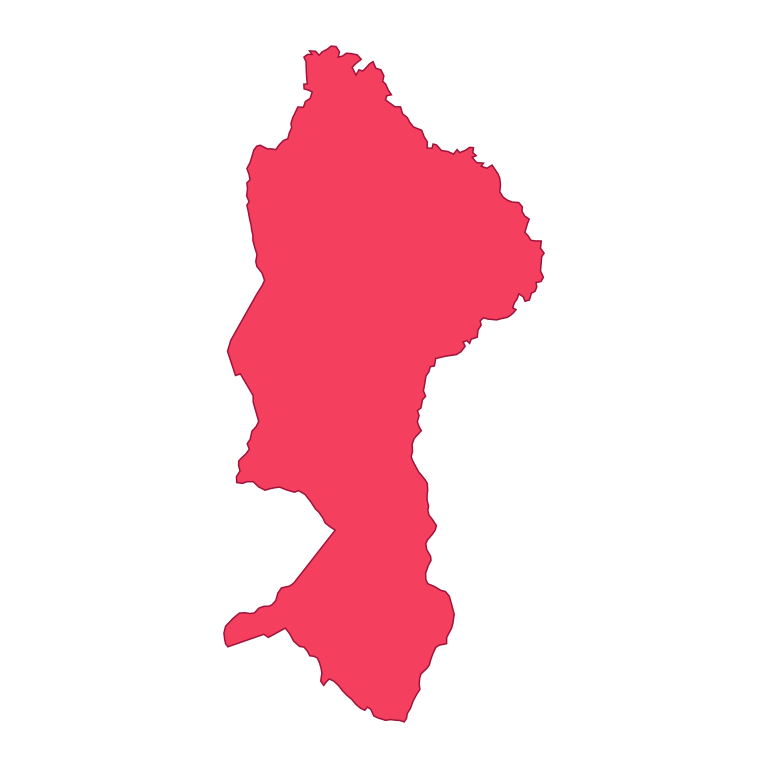 Ventania, Paraná, Brazil (Natural Earth projection)
{"feature_id": "56859067B80922571425855", "entity_name": "Ventania", "entity_type": "district", "adm_level": 2, "iso_a3": "BRA", "parent_name": "Brazil", "parent_adm1": "Paraná", "projection": "natural_earth1", "projection_center": [-50.238, -24.192], "detail": "fine", "context": "isolated", "style": "filled", "palette": "rose", "viewbox_px": 768, "rotation_deg": 0, "n_neighbors": 0, "source": "geoboundaries", "source_scale": "gbopen_adm2", "svg_char_len": 4193}
<svg xmlns="http://www.w3.org/2000/svg" viewBox="0 0 768 768"><path d="M395.0,106.8L388.9,102.4L385.6,99.9L386.7,95.8L391.4,94.8L388.2,90.0L385.6,84.0L382.7,81.3L383.9,75.9L380.9,69.8L375.9,68.3L373.0,61.6L369.3,64.1L365.6,68.3L362.7,71.0L359.0,69.8L356.0,75.0L352.1,67.4L356.2,63.2L361.2,59.3L357.3,54.9L350.9,53.5L346.2,53.3L342.7,56.0L338.2,57.1L339.5,51.9L336.1,46.6L331.1,46.1L327.3,49.2L322.1,51.9L319.1,55.3L315.7,51.3L309.5,50.9L311.9,54.4L307.5,54.5L303.9,57.1L306.0,61.5L306.3,70.8L306.7,78.2L307.3,83.8L303.8,84.2L304.1,88.9L309.0,90.3L312.2,92.1L310.1,98.4L305.4,101.5L303.4,107.3L297.8,107.0L295.3,112.4L292.7,117.8L291.0,123.3L291.6,127.9L289.5,132.3L287.8,138.7L283.4,140.5L279.1,145.0L275.8,149.6L271.7,148.9L267.4,148.9L260.2,145.2L256.7,146.2L253.8,150.1L251.6,157.7L249.9,162.9L246.9,168.5L249.1,174.5L250.0,179.9L246.9,182.8L247.5,188.8L246.7,196.0L249.1,201.7L246.9,205.2L248.4,212.1L249.7,219.4L251.1,225.0L251.7,230.1L252.9,235.2L252.9,240.4L254.7,247.3L257.0,254.5L255.8,261.5L256.8,266.4L262.2,273.3L264.5,280.3L262.4,285.2L259.7,289.5L256.8,294.1L230.8,340.3L227.5,351.3L235.5,375.5L240.4,373.9L253.1,395.5L253.2,402.1L258.7,421.4L256.3,426.4L251.9,431.3L250.2,439.3L247.2,443.7L249.3,449.2L245.8,454.0L241.6,457.9L238.7,461.0L238.6,465.3L240.0,470.9L236.4,476.8L236.8,482.6L242.6,483.3L247.1,481.7L253.3,481.7L258.5,486.8L265.0,490.2L270.5,488.6L274.4,487.8L279.6,487.1L285.7,489.6L289.9,490.9L294.6,492.2L298.5,490.6L305.1,494.5L310.8,501.8L315.6,509.1L318.8,512.1L322.9,518.0L325.3,523.1L330.9,527.4L335.2,530.1L293.7,583.2L289.5,586.1L281.4,587.9L277.8,593.3L275.8,600.5L272.3,604.5L269.2,606.2L264.0,606.3L258.9,608.1L254.3,613.0L249.8,613.5L245.5,612.8L239.6,613.0L236.0,615.9L232.8,618.6L230.1,621.5L225.6,626.2L223.9,633.2L224.7,639.7L225.6,643.7L227.9,646.8L263.8,634.3L268.4,637.4L285.3,628.1L289.6,633.6L293.7,641.2L299.5,646.4L304.0,647.1L307.6,651.5L309.8,655.8L314.0,656.3L317.3,658.0L319.5,662.8L321.0,667.9L321.9,673.1L320.7,681.1L323.7,685.4L326.4,681.8L329.1,679.0L333.6,680.9L338.6,685.6L342.5,690.7L346.6,695.0L351.9,699.5L356.0,704.4L360.5,708.2L364.8,710.3L367.5,707.1L370.8,709.3L373.8,715.9L377.9,717.9L385.5,720.3L390.6,719.6L395.7,720.2L400.1,720.5L404.2,721.9L406.5,718.5L407.3,713.5L410.4,708.5L413.2,700.8L416.8,694.2L419.9,689.4L419.2,683.8L419.7,678.0L421.0,673.9L427.2,668.0L429.4,664.8L430.6,660.1L432.7,654.0L435.9,647.3L439.4,645.1L446.6,643.7L446.7,637.4L448.7,633.6L451.4,628.5L452.9,623.3L454.2,614.2L451.7,604.7L449.3,596.2L445.4,591.5L440.7,590.3L434.5,586.5L427.7,583.7L425.9,579.6L425.6,573.3L428.4,565.3L431.0,560.4L430.6,556.3L426.7,549.6L425.8,543.5L427.8,539.5L432.7,533.9L435.3,529.8L436.4,525.6L432.5,519.6L429.1,515.3L427.8,510.6L428.6,506.1L427.1,500.3L427.1,494.9L427.7,490.2L427.3,483.5L425.1,479.7L418.7,472.0L414.7,464.6L412.5,460.4L411.2,456.6L412.5,451.3L412.1,444.3L414.2,438.4L417.7,434.6L421.3,430.7L419.2,427.0L417.3,421.7L419.1,415.6L417.4,410.7L420.9,408.0L422.5,399.7L425.6,396.3L423.4,390.8L424.3,386.2L425.2,380.9L426.0,375.9L428.8,371.9L430.3,366.7L434.4,366.0L435.7,358.5L441.0,357.3L445.1,356.3L451.5,355.3L456.5,354.6L461.0,351.7L465.1,346.3L463.2,341.9L467.0,340.6L469.6,343.4L471.2,339.2L477.2,337.2L478.0,330.0L481.2,325.1L480.1,321.0L483.5,317.7L487.9,319.1L492.3,319.5L496.6,319.9L502.2,318.4L507.2,317.4L510.4,315.4L513.4,312.8L516.0,309.6L512.7,307.8L514.4,302.8L517.0,299.1L518.9,293.9L523.3,296.9L525.0,301.3L529.4,300.0L531.4,293.2L535.1,291.2L536.8,286.8L536.0,282.7L541.1,281.4L543.4,277.3L540.5,270.9L541.7,256.7L544.1,253.2L540.5,248.3L541.3,241.0L534.7,240.9L530.8,240.2L528.2,235.9L524.9,232.3L527.4,223.8L529.2,219.1L524.8,216.1L522.0,211.5L522.3,206.8L518.7,202.5L512.3,202.1L507.2,200.1L503.1,197.1L499.8,191.7L500.5,184.6L499.7,178.1L498.1,174.1L495.1,169.6L492.1,165.1L486.9,168.2L481.2,166.2L483.5,163.1L476.6,162.6L472.1,157.3L476.2,155.7L472.8,152.6L473.5,147.6L469.5,147.4L465.5,150.3L459.7,152.6L457.1,149.6L453.5,154.1L447.9,151.5L441.4,150.5L436.5,144.9L433.1,144.0L432.0,148.3L427.1,148.0L427.3,141.8L424.2,136.9L421.7,130.2L418.0,128.8L413.5,127.0L409.9,122.5L407.3,117.6L402.6,113.8L400.5,106.8L395.0,106.8Z" fill="#f43f5e" stroke="#9f1239" stroke-width="1.5"/></svg>